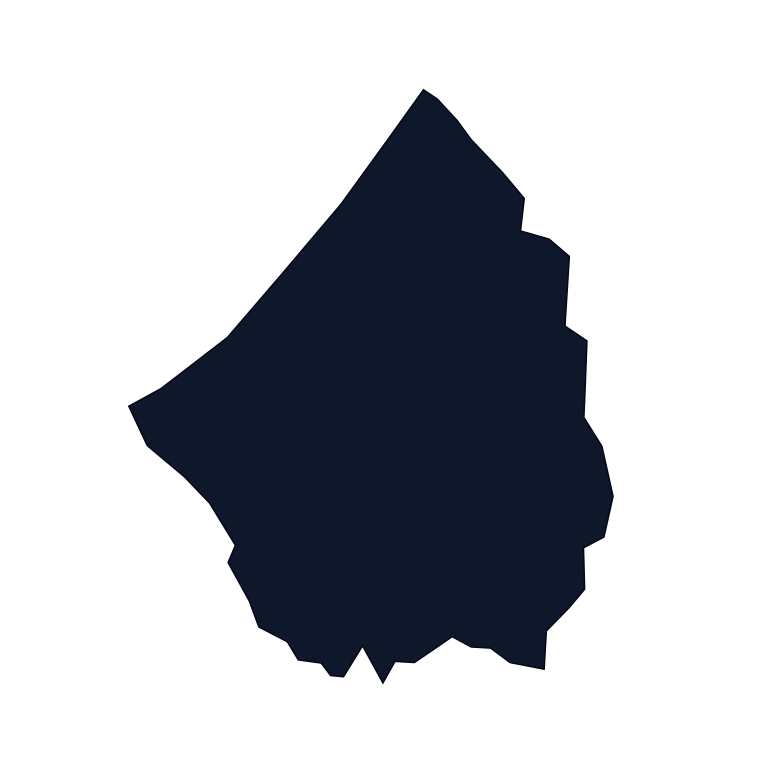 the district of Kazivera, Cyprus, rotated 11°
{"feature_id": "46923920B14139084564412", "entity_name": "Kazivera", "entity_type": "district", "adm_level": 2, "iso_a3": "CYP", "parent_name": "Cyprus", "parent_adm1": "", "projection": "natural_earth1", "projection_center": [32.913, 35.174], "detail": "fine", "context": "isolated", "style": "filled", "palette": "ink", "viewbox_px": 768, "rotation_deg": 11, "n_neighbors": 0, "source": "geoboundaries", "source_scale": "gbopen_adm2", "svg_char_len": 756}
<svg xmlns="http://www.w3.org/2000/svg" viewBox="0 0 768 768"><g transform="rotate(11 384 384)"><path d="M352.5,671.2L375.6,669.9L387.2,680.4L400.1,679.1L412.9,645.1L440.0,677.7L447.7,654.2L467.0,651.6L483.7,634.7L499.1,619.0L519.7,625.5L539.0,622.9L560.9,633.4L595.6,633.4L590.5,595.5L608.5,568.1L620.1,547.2L611.1,506.7L629.1,492.3L630.3,450.6L609.8,403.6L586.6,378.7L581.5,344.8L575.0,303.0L550.6,292.6L541.6,223.4L518.4,210.3L488.8,207.7L486.3,175.1L460.5,154.2L423.3,127.8L405.2,111.1L382.1,94.2L366.6,87.6L340.9,143.8L307.5,215.6L263.7,293.9L221.3,368.3L166.0,431.0L137.7,454.5L163.4,489.7L205.8,513.2L235.4,534.1L268.9,570.7L265.0,589.0L293.3,622.9L307.5,646.4L338.3,655.5L352.5,671.2Z" fill="#0f172a" stroke="#020617" stroke-width="1.5"/></g></svg>